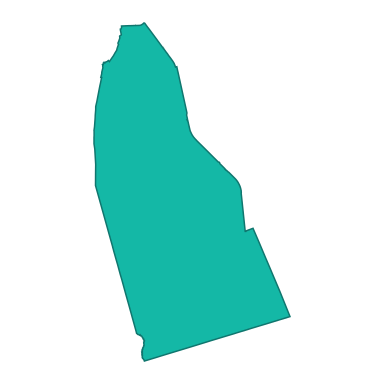 Someren, Noord-Brabant, Netherlands
{"feature_id": "6326949B17219588023251", "entity_name": "Someren", "entity_type": "district", "adm_level": 2, "iso_a3": "NLD", "parent_name": "Netherlands", "parent_adm1": "Noord-Brabant", "projection": "albers", "projection_center": [5.682, 51.386], "detail": "fine", "context": "isolated", "style": "filled", "palette": "teal", "viewbox_px": 384, "rotation_deg": 0, "n_neighbors": 0, "source": "geoboundaries", "source_scale": "gbopen_adm2", "svg_char_len": 4723}
<svg xmlns="http://www.w3.org/2000/svg" viewBox="0 0 384 384"><path d="M177.6,70.6L176.8,66.7L175.5,67.1L175.3,66.5L175.1,65.8L174.7,64.8L174.3,63.8L173.8,62.8L173.6,62.5L173.1,61.7L172.7,61.1L172.5,60.7L172.0,60.1L170.5,58.0L168.5,55.4L167.4,53.7L166.5,52.6L165.9,51.8L164.7,50.1L164.3,49.6L163.9,49.0L163.7,48.6L163.6,48.4L163.4,48.5L162.8,47.6L162.8,47.4L162.7,47.4L162.4,47.0L162.1,46.8L161.3,45.6L160.4,44.4L158.5,41.8L157.8,40.9L156.9,39.6L156.3,38.8L150.6,31.1L149.2,29.2L147.4,26.9L144.8,23.3L144.7,23.2L144.3,23.0L143.8,23.0L143.7,23.1L143.8,23.2L143.6,23.4L141.7,24.7L141.3,24.9L140.9,25.1L140.4,25.2L140.0,25.3L139.4,25.4L135.9,25.5L135.7,25.5L135.6,25.4L135.5,25.5L135.3,25.5L130.0,25.7L128.7,25.7L121.5,26.0L121.6,27.5L120.8,29.2L120.3,29.2L120.3,29.3L120.5,29.8L120.4,30.1L120.9,32.6L121.2,34.1L121.3,34.8L121.1,35.1L119.9,35.8L119.6,36.2L119.8,38.0L119.5,39.0L119.0,40.4L118.8,41.1L118.0,42.9L118.0,43.1L118.0,43.3L118.0,43.6L118.3,44.3L118.5,44.6L118.4,44.7L117.5,47.2L117.4,47.5L116.9,49.2L116.8,49.6L116.8,50.1L115.7,51.8L115.5,52.2L115.2,52.6L114.7,53.5L114.0,54.8L113.9,55.0L113.6,55.3L113.5,55.7L113.3,56.0L112.7,56.8L112.5,57.1L112.4,57.2L112.3,57.4L112.2,57.5L111.8,58.1L111.1,59.1L111.0,59.3L110.8,59.6L110.4,60.1L110.3,60.3L110.1,60.6L109.9,60.8L109.4,61.6L108.3,60.5L107.5,61.3L107.2,61.5L105.8,62.0L104.8,62.5L104.9,62.9L104.0,63.1L103.8,62.5L103.2,63.2L103.3,64.6L102.5,64.7L102.8,65.5L102.7,66.5L102.9,67.3L102.7,68.5L101.8,72.1L101.7,73.8L100.8,77.4L101.7,77.5L101.5,78.3L101.4,78.5L100.5,83.0L99.9,85.7L97.5,98.1L96.9,101.4L96.1,104.8L95.7,106.7L95.7,109.3L95.6,110.8L95.3,114.4L95.2,116.0L95.2,116.8L95.1,118.6L94.5,126.7L94.1,129.8L94.0,130.3L94.1,131.3L94.1,134.4L94.1,135.7L94.0,137.5L94.0,138.9L94.0,143.8L94.8,149.2L95.7,164.7L95.6,170.9L95.6,171.6L95.5,185.5L112.7,247.0L112.7,247.4L113.2,248.9L113.6,250.6L114.2,252.7L116.4,260.5L117.6,264.6L120.2,274.2L121.8,279.6L125.9,294.6L129.0,305.6L133.2,320.8L135.9,330.6L136.6,333.4L136.8,333.4L137.0,333.5L137.4,334.0L137.6,334.2L137.7,334.3L137.9,334.5L138.8,334.7L139.1,334.8L139.4,335.1L139.5,335.1L139.8,335.3L140.0,335.3L140.2,335.2L140.3,335.0L140.6,335.4L140.7,335.6L140.7,335.8L140.8,335.8L141.2,335.9L141.5,335.9L141.6,336.0L141.9,336.5L142.0,336.6L142.1,336.8L142.1,337.0L142.3,337.3L142.5,337.5L142.6,337.8L142.7,338.0L143.1,338.2L143.1,338.3L143.2,339.1L143.3,339.2L143.7,339.3L143.8,339.3L143.8,339.5L143.7,339.8L143.7,340.0L143.9,340.2L144.4,340.7L144.5,340.8L144.4,341.2L144.3,341.3L144.1,341.6L143.9,341.8L143.7,342.0L143.8,342.2L143.8,342.4L143.9,342.5L143.7,342.9L143.7,343.0L143.9,343.5L143.8,344.0L144.1,344.8L144.1,345.3L143.7,345.6L143.7,345.8L143.7,346.0L143.7,346.4L143.5,346.6L143.3,347.0L143.4,347.3L143.3,347.5L142.9,347.7L142.8,347.8L142.7,348.0L142.7,348.3L142.8,348.4L142.8,348.5L142.6,348.6L142.5,348.9L142.5,349.0L142.5,349.3L142.6,349.5L142.2,349.7L142.1,349.8L142.2,350.0L142.3,350.1L142.3,350.3L142.1,350.5L141.9,351.0L142.2,351.0L142.3,351.1L142.3,351.5L142.3,351.8L142.4,352.0L142.2,352.3L141.8,352.6L141.8,352.8L141.9,353.2L142.1,353.2L142.3,353.2L142.4,353.3L142.3,353.5L142.1,354.0L142.3,354.4L141.8,354.9L141.8,355.0L142.1,355.2L142.2,355.3L142.4,355.7L142.5,355.8L142.2,356.7L142.2,356.8L142.2,357.1L142.3,357.2L142.3,357.4L142.3,357.5L142.5,358.2L142.6,358.3L142.8,358.2L142.9,358.3L142.9,358.5L143.3,359.0L143.6,359.4L144.0,360.1L144.2,360.4L144.3,360.4L144.5,360.4L144.5,360.6L144.5,360.8L144.5,361.0L149.8,359.4L155.7,357.6L162.1,355.6L191.4,346.7L207.0,341.9L211.1,340.6L215.8,339.2L221.7,337.4L233.7,333.8L236.8,332.8L247.7,329.5L250.8,328.5L255.8,327.0L290.0,316.6L280.1,292.0L272.3,273.6L269.6,267.2L265.1,256.7L260.6,246.0L259.5,243.4L253.0,228.3L249.0,229.8L246.1,230.9L245.8,231.1L245.8,231.4L245.2,231.4L241.2,193.3L241.2,193.0L241.3,192.6L241.2,191.5L241.2,191.1L241.1,190.3L240.9,189.5L240.8,189.0L240.7,188.6L240.5,187.8L240.2,187.0L240.0,186.2L239.6,185.5L239.3,184.7L239.1,184.3L238.7,183.6L238.3,182.8L238.1,182.5L237.9,182.1L237.4,181.4L237.2,181.1L236.7,180.4L235.6,179.1L228.6,172.1L228.2,172.0L228.1,171.9L226.7,170.5L226.4,170.5L226.2,170.3L225.8,169.9L225.5,169.5L225.4,169.6L225.2,169.4L225.4,169.3L224.3,168.1L219.8,163.6L219.7,162.9L219.5,162.5L219.3,162.3L218.9,162.1L218.3,162.0L218.1,161.9L206.5,150.3L198.1,142.0L196.7,140.6L196.4,140.2L195.3,139.1L194.6,138.3L194.0,137.6L193.5,137.0L193.3,136.7L192.7,135.8L192.3,135.3L192.1,134.8L191.8,134.4L191.5,133.7L191.2,133.1L190.5,131.6L190.3,131.2L190.0,130.2L189.0,125.9L188.5,123.8L188.2,122.2L187.9,121.4L187.7,121.1L187.9,121.1L187.7,120.1L187.4,119.8L187.5,119.8L187.4,118.8L186.6,115.1L186.7,114.5L186.9,113.2L186.9,112.8L185.7,107.2L178.0,72.2L177.6,70.6Z" fill="#14b8a6" stroke="#0f766e" stroke-width="1.5"/></svg>